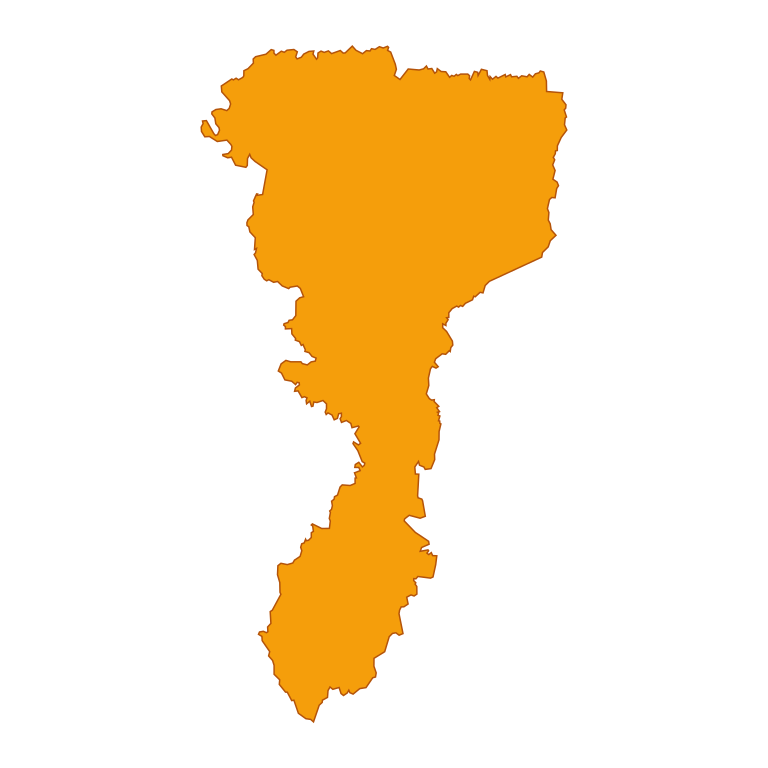 the district of Huejuquilla el Alto, Jalisco, Mexico
{"feature_id": "50627088B54034913428250", "entity_name": "Huejuquilla el Alto", "entity_type": "district", "adm_level": 2, "iso_a3": "MEX", "parent_name": "Mexico", "parent_adm1": "Jalisco", "projection": "equal_earth", "projection_center": [-103.916, 22.528], "detail": "fine", "context": "isolated", "style": "filled", "palette": "amber", "viewbox_px": 768, "rotation_deg": 0, "n_neighbors": 0, "source": "geoboundaries", "source_scale": "gbopen_adm2", "svg_char_len": 6013}
<svg xmlns="http://www.w3.org/2000/svg" viewBox="0 0 768 768"><path d="M366.0,687.6L372.7,677.8L375.5,677.0L376.2,672.9L373.9,666.2L374.0,658.3L384.7,651.7L389.2,636.7L392.5,633.4L395.9,632.8L399.1,635.2L403.0,633.6L399.0,613.7L399.6,610.1L401.2,606.9L403.9,606.8L408.1,604.0L406.7,597.2L411.0,594.9L414.1,596.0L416.9,594.1L416.8,586.5L415.1,584.1L415.8,582.8L413.7,580.6L413.8,578.6L415.9,578.8L417.9,576.5L430.5,578.1L433.0,577.0L435.7,564.7L436.8,555.8L432.6,555.6L431.3,552.6L428.8,554.6L426.9,553.1L428.6,550.8L428.0,549.9L420.2,551.3L421.6,547.5L429.1,544.2L428.6,541.3L415.3,532.4L404.2,520.9L404.6,518.9L409.2,515.3L420.1,518.2L425.3,516.3L422.6,500.8L421.8,499.1L418.1,497.8L417.6,495.9L418.8,474.2L415.4,474.0L414.8,467.0L418.5,461.5L419.5,465.2L423.9,467.0L425.2,469.4L431.0,468.6L434.7,459.6L434.5,454.1L439.0,439.8L439.1,431.4L440.9,423.9L439.9,423.5L439.7,421.0L438.5,420.8L439.9,416.0L438.0,415.3L438.6,412.9L437.6,412.2L439.5,411.6L436.7,407.7L438.8,406.3L434.1,401.5L434.3,399.7L431.7,400.1L429.4,398.7L426.3,393.9L428.8,385.5L428.4,378.1L430.5,368.7L432.3,366.4L436.0,368.1L438.2,366.7L434.4,362.2L435.7,358.7L442.2,353.8L445.7,354.3L449.3,350.7L450.2,351.5L450.8,347.6L452.8,345.1L452.4,341.1L446.6,331.5L442.7,327.7L442.7,323.8L445.9,325.5L445.9,323.2L448.1,319.7L446.6,317.7L448.8,317.4L448.8,312.7L452.2,308.6L456.7,306.1L458.6,307.1L460.5,305.5L462.7,306.4L465.4,303.3L472.5,299.8L473.7,296.2L475.2,296.8L480.1,292.3L483.0,292.9L485.2,285.5L489.4,281.3L541.7,257.1L542.5,252.5L548.2,246.9L550.3,240.7L556.0,235.3L551.1,229.7L550.2,223.8L548.3,220.1L548.9,212.5L547.4,208.7L549.5,199.5L551.8,197.5L555.1,197.8L556.7,188.5L558.5,185.7L557.1,182.1L552.9,179.2L555.1,170.5L552.7,164.9L554.7,159.8L553.3,157.4L555.3,153.7L555.5,150.9L557.3,150.5L557.4,145.8L561.2,137.5L566.8,130.0L564.5,124.8L565.2,118.0L566.5,117.0L564.2,109.9L565.7,108.2L566.0,104.8L561.8,99.3L562.8,92.8L546.6,91.5L546.4,81.0L543.8,72.0L540.3,71.0L539.0,72.8L535.4,73.8L532.7,77.1L529.2,74.4L527.1,76.8L521.7,75.8L518.4,78.3L516.9,76.3L511.6,76.8L510.5,74.6L505.8,76.9L505.2,74.5L497.9,78.1L496.0,76.4L492.5,79.2L490.1,76.5L489.8,79.4L487.5,75.4L487.0,70.7L481.4,69.3L478.1,75.5L477.7,72.3L474.4,71.4L470.5,79.9L469.2,78.5L469.6,75.8L467.8,74.1L460.6,74.1L457.8,75.6L456.3,74.4L454.1,76.3L451.7,75.4L449.6,77.3L445.8,71.8L441.1,71.5L437.3,68.6L436.6,71.8L434.7,73.2L431.8,68.5L428.0,69.0L426.4,66.0L423.6,68.8L419.2,70.0L408.2,69.0L400.0,79.5L394.3,75.5L396.4,69.3L395.3,64.2L390.7,52.1L387.6,50.4L388.6,47.4L387.5,46.3L383.2,48.0L379.4,46.7L375.1,49.4L371.5,48.7L370.0,51.0L366.4,50.6L362.6,53.7L356.0,50.3L352.3,46.1L345.2,52.9L343.2,53.1L340.3,50.5L331.6,53.6L328.4,50.9L324.2,52.4L321.0,51.1L318.0,53.0L317.6,57.8L316.5,59.2L313.0,54.1L313.8,51.0L309.0,51.4L303.7,54.1L301.4,57.2L297.1,58.9L295.7,56.9L297.3,51.8L293.9,49.5L287.0,50.2L284.3,52.3L281.3,51.2L275.9,55.2L274.0,53.2L273.9,50.4L271.2,49.6L266.0,54.2L255.6,56.7L253.2,59.0L253.4,63.1L248.0,68.7L243.9,70.7L243.8,75.9L242.8,77.4L238.5,79.8L236.1,78.2L233.4,79.9L231.8,79.0L221.3,86.0L221.8,91.9L229.6,100.7L230.6,104.0L229.2,108.4L226.8,110.6L221.1,108.8L215.9,109.5L212.0,111.9L211.8,113.9L214.9,118.0L215.8,123.8L219.0,127.6L219.5,130.3L217.6,134.6L215.5,135.5L213.8,133.6L206.4,120.6L202.5,121.0L203.1,123.6L201.2,127.1L201.5,131.5L204.8,136.8L209.4,136.5L217.3,141.5L226.9,140.1L230.8,144.4L231.9,146.4L231.5,150.1L228.2,153.6L222.8,154.5L222.9,155.7L227.7,157.8L231.5,157.2L235.6,165.2L245.9,167.3L247.3,165.5L247.5,158.5L249.7,154.3L251.1,157.8L255.1,161.5L267.1,169.8L262.6,194.5L256.2,195.5L257.4,194.0L256.6,193.9L253.5,200.9L254.1,202.3L252.7,206.8L253.3,214.5L248.0,219.8L246.9,222.7L247.0,225.5L248.8,226.8L249.9,231.9L255.3,237.7L254.5,249.5L256.5,248.4L255.5,252.9L254.1,254.5L257.3,260.4L258.1,269.2L262.2,273.5L261.9,275.7L264.2,279.2L266.7,280.8L268.9,279.7L273.6,282.3L277.6,281.5L282.2,285.9L288.7,288.6L290.1,287.2L297.3,286.0L300.3,288.4L303.6,296.7L299.7,297.8L296.0,301.2L295.8,315.6L292.5,319.8L289.1,320.3L288.0,322.5L284.1,323.7L283.7,325.1L285.4,326.6L285.4,328.9L291.6,328.6L291.9,333.9L295.6,338.5L295.3,340.1L299.5,341.7L301.3,345.4L303.0,344.5L305.3,349.7L304.9,351.4L309.1,352.7L312.0,356.4L316.1,358.1L315.3,361.1L311.1,361.9L307.3,364.9L302.3,363.6L300.9,361.8L290.7,361.8L285.9,360.4L281.1,363.9L278.3,371.0L281.5,373.1L284.9,379.9L291.7,381.2L295.6,384.6L297.1,382.3L299.2,382.8L299.4,384.9L295.4,388.0L294.6,391.3L298.1,390.9L301.9,397.6L304.4,396.7L307.0,397.8L306.1,400.5L306.6,403.8L309.8,401.2L311.5,406.5L312.9,406.2L313.8,402.0L317.0,402.5L323.0,400.5L326.5,403.9L326.5,408.8L325.2,412.1L326.2,414.5L328.0,412.9L332.0,415.0L334.2,419.8L337.4,418.4L338.7,413.7L341.4,413.2L341.4,416.6L340.1,418.7L341.5,422.4L346.4,420.5L350.8,423.4L352.0,427.7L358.3,426.0L359.1,426.9L354.9,433.7L360.6,443.3L358.4,444.9L353.6,441.9L353.0,443.6L357.8,450.6L362.2,461.6L364.8,463.1L364.3,465.4L362.4,466.9L358.8,462.3L355.3,464.5L354.8,467.4L358.8,467.5L360.2,470.6L354.5,472.8L356.4,477.9L355.1,478.1L355.1,483.4L350.2,485.5L342.2,484.9L340.1,487.0L337.5,495.1L334.5,496.7L334.1,499.2L331.6,501.2L332.4,505.7L331.5,509.4L329.7,511.0L330.4,512.5L329.3,518.5L330.3,521.0L329.4,528.4L321.7,528.5L312.4,523.9L311.3,525.0L312.7,526.0L313.4,531.4L311.3,532.7L311.3,537.5L308.5,540.3L306.3,540.7L305.6,539.2L304.2,542.9L301.7,543.8L300.7,547.3L301.8,550.7L300.1,556.4L294.5,560.1L292.8,563.0L287.3,564.6L280.9,563.3L277.9,565.7L277.5,574.7L279.8,582.6L280.0,592.3L280.9,594.3L272.3,610.2L270.2,611.6L270.9,623.4L267.6,627.0L267.9,631.7L266.5,632.7L263.3,631.3L259.5,632.0L258.5,634.3L261.9,636.4L262.2,640.7L269.7,651.6L268.6,655.9L272.6,660.5L274.1,665.4L274.1,674.3L279.7,679.8L279.3,684.4L285.5,692.1L287.3,692.2L291.7,700.6L293.9,700.2L298.4,713.3L305.9,718.7L310.7,719.4L313.5,721.9L319.2,705.2L322.2,702.4L322.4,700.2L327.5,697.4L328.0,690.6L330.0,687.0L332.8,689.3L339.1,687.5L341.0,693.5L343.5,695.5L347.2,693.0L348.8,690.2L349.9,692.7L353.1,694.1L359.8,688.6L366.0,687.6Z" fill="#f59e0b" stroke="#b45309" stroke-width="1.5"/></svg>